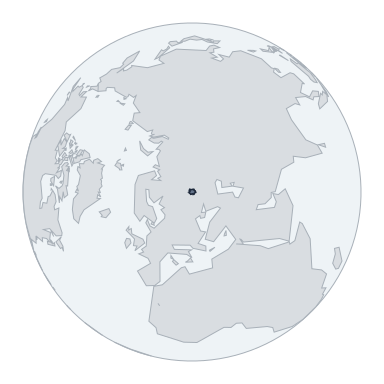 Tambov on an orthographic globe, rotated 300°
{"feature_id": "RUS-2375", "entity_name": "Tambov", "entity_type": "Region", "adm_level": 1, "iso_a3": "RUS", "parent_name": "Russia", "parent_adm1": "", "projection": "orthographic", "projection_center": [41.398, 52.709], "detail": "medium", "context": "on_globe", "style": "filled", "palette": "slate", "viewbox_px": 384, "rotation_deg": 300, "n_neighbors": 0, "source": "natural_earth", "source_scale": "10m", "svg_char_len": 11834}
<svg xmlns="http://www.w3.org/2000/svg" viewBox="0 0 384 384"><g transform="rotate(300 192 192)"><circle cx="192" cy="192" r="169" fill="#eef3f6" stroke="#a8b0b8"/><path d="M151.9,27.9L160.4,26.4L164.9,28.7L160.3,29.1L161.9,29.9L167.8,29.6L171.3,29.3L185.0,34.3L204.2,37.9L211.7,37.0L208.9,39.1L224.1,36.4L235.4,38.5L221.7,37.5L219.6,38.5L226.8,40.4L226.3,41.9L229.4,43.8L228.1,45.5L220.2,45.2L219.2,46.4L224.4,47.7L226.3,50.5L218.8,48.3L221.4,53.1L208.7,54.1L189.8,48.1L181.7,51.4L159.8,52.6L160.8,54.5L153.2,56.6L151.6,59.6L148.0,59.3L149.8,62.1L153.4,61.8L155.4,63.0L154.8,64.9L150.1,64.7L149.7,63.7L148.0,64.6L145.9,63.8L146.6,65.3L140.9,65.0L145.5,68.1L140.2,70.3L136.8,69.4L138.4,65.8L134.5,55.8L131.6,54.4L125.6,55.6L111.6,65.4L107.8,65.6L101.6,68.4L103.0,69.9L108.4,68.2L109.7,71.9L116.1,69.7L117.6,71.0L123.7,70.6L121.3,74.7L115.7,79.1L110.5,79.8L107.9,81.9L111.6,84.7L100.8,89.8L91.7,99.9L89.1,101.0L86.1,96.3L89.1,87.0L85.2,82.1L86.2,89.6L79.6,92.6L77.9,95.1L77.4,97.6L79.3,98.2L76.7,100.3L74.7,93.4L77.0,91.4L77.6,93.5L79.0,89.3L77.6,85.2L74.4,87.4L75.8,79.9L73.5,81.5L72.5,80.9L76.0,78.8L69.7,82.6L70.7,76.6L62.0,84.4L72.2,73.9L76.8,69.1L81.7,64.3L80.3,65.4L88.7,58.4L90.2,57.2L101.5,49.3L113.4,42.4L125.8,36.6L138.7,31.7L151.9,27.9ZM31.2,140.2L30.4,142.6L31.2,140.2ZM25.3,164.5L23.7,178.1L23.2,185.7L23.1,186.0L25.3,164.5ZM23.2,200.0L25.2,217.3L28.4,232.7L29.7,238.9L26.5,226.0L24.4,213.1L23.2,200.0ZM53.0,95.9L52.8,96.2L56.1,91.6L61.5,84.7L61.9,84.2L60.2,86.3L49.0,102.1L52.4,96.9L53.0,95.9ZM60.1,87.5L61.9,85.2L60.5,87.2L60.1,87.5ZM173.0,29.0L168.0,29.5L162.9,29.3L167.1,28.7L173.0,29.0ZM182.7,30.4L180.2,30.8L178.6,29.4L180.5,29.6L182.7,30.4ZM217.2,36.2L213.2,35.5L217.2,35.7L217.2,36.2ZM230.1,43.8L231.4,43.6L232.5,44.7L230.1,43.8ZM124.6,68.4L124.1,69.5L123.2,69.0L124.6,68.4ZM127.7,67.3L126.9,66.0L128.3,65.2L128.7,66.1L127.7,67.3ZM231.5,48.4L232.8,50.4L230.1,48.3L231.5,48.4ZM128.2,69.1L130.8,64.2L133.2,63.0L136.8,65.2L128.2,69.1ZM232.7,51.6L236.1,56.8L239.3,56.6L232.1,60.3L231.6,54.4L227.7,51.7L231.2,52.5L232.7,51.6ZM154.8,60.9L150.9,61.3L154.7,59.3L154.8,60.9ZM156.8,59.4L165.6,52.3L171.0,52.9L166.9,55.1L174.4,54.7L172.7,58.5L168.2,59.6L165.1,58.3L166.8,60.8L156.8,59.4ZM227.6,61.6L227.3,62.9L226.1,61.5L227.6,61.6ZM156.5,63.3L157.8,61.7L162.6,62.1L160.9,65.4L159.9,64.2L156.5,63.3ZM177.2,52.9L180.5,53.9L180.0,57.2L181.2,58.1L173.2,58.7L177.2,52.9ZM158.5,65.1L159.9,67.1L157.0,68.7L155.6,65.0L158.5,65.1ZM164.6,60.9L166.8,61.3L165.0,62.1L164.6,60.9ZM147.8,75.8L149.3,73.6L151.9,73.6L147.8,75.8ZM160.6,67.8L161.5,67.3L162.7,67.1L163.0,68.8L160.6,67.8ZM173.4,61.1L172.5,62.3L176.6,61.0L176.4,63.6L171.1,63.6L173.3,64.7L173.3,65.5L169.0,64.6L173.4,61.1ZM166.9,69.9L160.1,71.1L156.8,75.0L154.4,75.0L160.1,68.9L166.9,69.9ZM168.5,66.9L167.0,68.8L164.8,67.8L164.4,65.9L168.5,66.9ZM178.2,65.4L179.9,61.4L181.0,61.6L178.2,65.4ZM166.4,71.2L168.1,70.9L166.5,71.6L166.4,71.2ZM175.1,67.4L175.5,65.9L176.8,66.1L175.1,67.4ZM171.1,71.7L168.8,72.0L168.5,70.7L171.1,71.7ZM173.3,69.8L174.9,70.5L169.8,70.0L173.3,69.1L173.3,69.8ZM176.2,67.8L177.1,67.5L175.8,68.4L176.2,67.8ZM173.5,76.7L167.1,76.4L166.4,73.3L172.7,74.0L173.5,76.7ZM57.8,259.9L51.9,232.9L56.5,228.7L58.5,219.3L91.2,206.1L96.8,212.7L121.0,220.6L123.8,223.3L119.6,230.8L136.6,247.8L143.8,242.7L160.7,252.1L172.8,253.6L179.6,238.3L159.8,235.6L157.7,227.1L174.8,222.4L192.3,224.7L192.1,221.5L182.2,213.6L187.4,208.0L178.9,210.4L181.5,214.0L176.2,215.7L173.5,212.6L175.5,210.6L170.5,208.4L162.5,218.9L164.2,223.7L150.5,223.0L152.1,231.0L147.9,233.6L143.7,221.0L145.0,217.0L136.2,201.3L133.5,205.4L141.7,220.6L138.6,218.7L135.1,224.8L135.3,218.6L127.1,201.5L115.5,199.1L98.6,209.0L92.3,206.4L88.0,199.3L96.3,184.3L109.5,191.8L112.6,187.1L111.8,176.8L115.8,180.1L117.1,177.0L122.3,179.4L131.4,174.9L136.9,176.5L142.2,167.4L145.8,167.1L141.6,172.5L141.7,177.3L155.6,181.4L158.8,180.0L161.2,173.9L164.7,176.0L165.2,169.5L174.0,168.9L163.6,164.5L166.1,157.7L172.4,153.5L171.3,150.6L161.1,157.4L158.7,160.9L159.6,165.2L151.4,174.7L146.2,174.9L147.7,162.3L140.6,161.5L144.9,152.5L170.0,138.9L179.5,137.3L191.6,149.0L188.4,153.1L182.4,150.8L186.3,159.2L186.8,155.5L189.7,157.4L192.8,151.8L195.1,152.9L194.2,145.8L197.3,146.6L197.8,151.0L205.0,143.9L211.9,144.1L212.4,141.9L211.1,139.6L220.7,141.7L220.7,140.0L217.6,138.7L215.5,134.7L215.5,128.5L218.9,129.6L219.3,131.9L225.2,138.6L225.8,145.1L227.2,144.9L227.4,139.6L220.3,131.3L219.4,127.4L223.3,130.7L221.8,129.2L222.4,127.5L226.1,127.0L222.0,123.1L224.1,105.0L231.4,102.5L234.7,107.2L239.7,96.7L247.6,95.4L244.7,94.1L245.1,88.6L242.6,88.9L241.2,87.9L241.1,74.9L243.6,72.9L240.3,66.4L238.7,65.9L236.7,66.9L232.1,60.3L239.3,56.6L242.3,58.0L244.7,55.1L251.4,59.0L258.0,61.1L263.8,67.6L268.5,68.9L268.9,67.6L275.6,68.8L288.0,76.2L276.2,75.8L257.3,67.3L264.9,71.1L262.6,72.1L265.0,74.6L270.4,77.3L271.4,76.5L277.4,91.3L289.4,103.4L289.8,97.4L293.9,96.8L307.9,107.0L321.6,133.5L327.2,134.3L330.2,137.6L330.9,143.7L326.7,139.1L324.0,141.1L321.5,137.8L321.4,146.5L317.8,142.1L319.4,151.4L323.0,152.8L324.5,146.5L327.4,156.8L333.8,157.1L338.7,163.6L342.1,185.5L339.2,198.7L339.9,201.5L336.6,202.7L335.5,211.9L344.3,217.3L345.2,221.0L341.8,235.5L341.2,233.1L332.4,236.2L333.2,246.2L339.9,245.9L342.3,251.1L338.1,254.2L335.4,249.9L332.3,250.8L331.5,242.7L325.6,234.5L321.3,241.8L320.1,237.0L311.4,232.0L304.3,242.0L294.1,264.5L295.4,277.1L290.7,285.3L278.4,273.2L273.6,261.8L268.7,265.3L256.4,258.1L233.9,263.9L231.2,260.8L226.8,263.4L218.3,261.1L214.1,255.5L208.8,256.5L219.9,271.1L225.7,269.9L231.1,262.8L233.0,268.1L241.4,271.1L230.7,286.3L198.0,300.7L195.5,291.1L174.4,261.6L175.5,258.2L175.4,257.8L175.2,257.1L172.5,262.6L169.1,256.2L179.6,277.9L181.1,286.4L197.5,301.2L195.8,302.8L201.3,305.4L219.9,300.3L219.8,303.3L210.6,317.7L185.5,334.2L189.3,343.2L188.3,349.5L173.7,352.3L176.0,355.9L168.7,356.1L168.9,357.4L163.6,357.7L154.3,356.6L137.3,351.8L135.4,350.9L125.6,346.0L111.7,333.2L115.0,329.7L113.1,324.4L101.0,307.2L103.6,300.8L100.5,296.0L94.2,293.5L90.8,287.4L87.0,285.1L64.1,271.5L57.8,259.9ZM78.5,218.2L77.3,220.9L78.5,218.2ZM210.2,235.1L221.2,234.6L217.5,224.6L221.4,223.7L218.7,220.7L217.2,223.9L210.8,215.6L216.0,212.0L215.3,207.3L211.6,207.3L203.1,215.4L212.2,227.2L209.1,231.7L210.2,235.1ZM30.3,143.0L29.5,145.8L30.1,143.5L30.3,143.0ZM40.1,119.0L38.5,122.7L39.6,119.7L40.1,119.0ZM47.6,104.2L45.5,108.0L47.5,104.5L41.3,116.4L43.5,111.4L47.6,104.3L47.6,104.2ZM58.7,88.7L57.3,90.6L56.9,90.8L58.7,88.7ZM59.1,89.0L59.5,88.5L60.6,87.1L59.1,89.0ZM79.7,93.0L79.8,93.7L78.7,96.3L78.2,95.4L79.7,93.0ZM80.5,107.3L76.4,110.4L79.0,107.3L77.3,106.4L80.7,99.1L88.0,101.2L84.1,101.4L80.5,107.3ZM87.3,90.4L84.3,94.5L87.3,90.0L87.3,90.4ZM119.1,158.5L120.3,161.7L117.4,164.6L110.4,163.4L114.5,159.1L119.1,158.5ZM122.6,165.7L126.0,154.0L130.5,154.6L127.4,156.2L130.0,157.7L125.7,160.8L126.6,173.1L124.2,176.6L112.6,171.9L117.7,171.4L116.3,168.1L122.6,165.7ZM126.9,125.9L128.4,121.6L136.1,128.3L133.8,131.6L126.7,130.3L125.2,125.7L126.9,125.9ZM134.1,74.4L134.2,72.8L135.5,72.8L136.5,74.1L134.1,74.4ZM148.3,74.8L135.0,81.3L134.5,79.8L127.4,85.8L123.1,84.2L127.9,80.3L119.3,83.8L121.8,79.7L116.2,82.6L127.2,74.1L129.1,70.7L128.6,75.0L132.4,76.4L134.7,76.1L142.5,72.7L148.7,66.5L153.5,67.3L155.2,69.4L154.5,71.0L151.6,70.0L152.7,72.8L147.9,72.6L148.3,74.8ZM173.1,98.4L170.0,95.8L171.4,102.9L166.7,102.1L167.1,103.0L163.1,104.3L159.1,107.5L157.2,106.5L156.4,108.2L153.8,109.2L152.1,111.2L148.0,110.3L145.7,112.8L145.1,110.9L142.1,115.5L142.5,111.7L139.1,112.9L140.5,115.9L122.6,107.4L114.9,107.3L108.1,109.4L109.7,103.0L117.1,97.1L126.8,92.8L134.1,94.0L133.5,91.1L136.8,90.9L135.9,93.3L139.2,89.5L141.7,90.0L150.4,87.1L153.7,81.6L157.0,80.5L156.9,83.0L160.2,80.2L162.3,84.1L164.7,83.5L169.1,86.8L167.6,92.1L170.3,91.0L173.8,93.7L173.1,98.4ZM174.6,77.7L173.8,83.8L170.9,86.5L164.4,79.6L162.0,79.6L157.8,75.6L162.1,71.9L162.9,73.3L164.7,73.9L162.6,74.8L165.7,74.6L166.9,76.6L169.6,77.0L168.6,78.8L174.6,77.7ZM127.9,221.4L130.2,222.7L134.1,223.7L131.9,227.7L127.9,221.4ZM122.1,209.8L124.3,210.1L123.1,216.0L120.7,214.8L122.1,209.8ZM126.5,205.5L124.5,209.7L124.2,206.7L126.5,205.5ZM143.8,172.5L146.3,172.6L146.2,174.1L144.3,175.9L143.8,172.5ZM176.1,120.3L174.9,118.1L175.9,117.5L176.4,112.0L179.9,112.3L181.0,115.7L176.1,120.3ZM175.7,240.7L171.6,243.4L170.0,241.7L171.8,241.1L175.7,240.7ZM150.3,236.2L155.6,239.5L149.6,237.3L150.3,236.2ZM180.1,119.7L179.9,117.4L181.8,119.0L180.1,119.7ZM182.6,112.3L184.9,113.7L180.4,111.7L182.6,112.3ZM217.7,347.0L207.2,356.4L199.1,357.0L197.1,355.0L200.6,349.5L210.0,347.1L214.4,343.6L217.7,347.0ZM353.9,239.9L355.2,235.7L353.4,241.7L353.9,239.9ZM352.9,242.9L346.0,258.1L342.7,262.8L343.9,259.8L349.1,250.6L352.9,242.9ZM343.6,260.2L338.2,264.1L327.9,261.1L331.6,257.3L341.8,254.0L341.2,256.3L344.5,254.8L343.6,260.2ZM355.3,229.1L354.6,234.4L351.1,242.6L349.3,245.7L348.2,242.6L348.9,238.2L350.5,235.1L354.6,212.5L356.4,210.7L355.6,218.9L357.0,219.3L355.3,229.1ZM296.2,277.8L300.4,282.4L297.6,285.3L296.2,277.8ZM354.6,200.1L354.0,209.8L354.1,199.0L354.6,200.1ZM353.7,191.4L354.6,193.5L353.3,193.3L353.7,191.4ZM341.4,205.0L339.8,208.8L339.0,207.1L340.5,201.3L341.4,205.0ZM342.5,169.2L345.3,174.3L346.0,176.7L343.9,175.2L342.5,169.2ZM210.1,121.1L205.4,128.2L204.4,133.9L207.5,138.0L201.1,135.5L202.7,126.6L210.1,121.1ZM222.0,106.8L219.2,103.6L221.7,103.2L222.7,103.8L222.0,106.8ZM219.4,106.1L213.6,105.6L212.9,102.7L217.6,103.6L219.4,106.1ZM196.8,112.4L195.2,114.4L193.7,112.9L196.8,112.4ZM360.0,209.6L359.9,210.3L360.2,207.9L360.2,208.4L360.0,209.6ZM357.7,217.7L358.1,218.9L359.3,211.9L358.4,218.5L358.7,219.5L358.2,222.4L358.0,221.0L357.1,227.3L356.5,229.5L356.7,226.4L357.5,218.7L358.1,214.2L359.9,203.9L357.7,217.7ZM360.7,201.3L360.5,199.6L360.5,196.2L360.7,196.3L360.7,201.3ZM359.2,196.0L357.8,196.1L357.3,201.1L357.6,188.5L359.0,190.5L359.2,196.0ZM356.9,190.8L356.5,195.5L356.4,188.9L356.9,190.8ZM355.9,195.0L355.1,192.6L355.8,190.4L355.9,195.0ZM357.2,189.2L356.0,183.9L357.0,185.3L357.2,189.2ZM352.7,187.6L355.6,186.5L353.2,191.9L349.4,183.1L350.2,179.8L352.7,187.6ZM334.1,133.5L331.9,131.7L331.6,128.2L333.2,130.4L334.1,133.5ZM328.5,116.2L330.8,126.8L332.3,135.7L333.5,134.8L336.8,140.7L333.1,139.7L329.6,130.3L329.1,124.4L325.8,120.0L323.4,113.9L319.0,110.4L316.9,106.9L320.8,108.4L328.5,116.2ZM317.0,109.1L308.3,101.7L309.2,97.3L311.3,97.9L314.9,103.1L314.2,105.1L317.0,109.1ZM306.5,98.7L305.7,100.6L291.3,95.6L288.5,93.5L299.9,94.5L299.8,96.5L303.2,98.6L306.5,98.7ZM229.1,63.1L227.4,62.9L228.7,62.2L229.1,63.1ZM239.8,88.3L238.2,86.8L239.7,85.8L239.8,88.3ZM234.4,82.2L233.8,84.3L233.0,81.6L234.4,82.2ZM232.8,89.2L232.9,84.9L234.8,89.7L232.8,89.2Z" fill="#d9dde1" stroke="#a8b0b8" stroke-width="1"/><path d="M189.7,191.2L189.8,190.9L189.7,190.4L189.7,190.2L189.8,190.1L190.0,190.1L190.3,190.0L190.3,189.8L190.3,189.7L190.4,189.8L190.6,189.6L190.8,189.5L191.0,189.7L191.4,189.7L191.4,189.8L191.6,189.9L191.7,189.7L191.8,189.6L191.9,188.9L192.0,188.8L192.3,188.8L192.5,188.8L192.5,188.7L193.3,188.7L193.3,188.8L193.2,189.0L193.3,189.0L193.2,189.3L193.2,189.6L193.3,189.6L193.5,189.8L193.5,190.0L194.0,190.5L194.0,190.8L194.4,191.1L194.7,191.2L194.9,191.5L195.0,191.6L195.3,192.1L195.1,192.3L194.9,192.4L195.0,192.5L194.9,192.6L195.0,192.9L194.9,193.0L194.8,192.9L194.7,193.0L194.6,193.4L194.4,193.6L194.5,193.8L194.6,194.0L194.4,194.1L194.3,194.4L194.3,194.6L194.0,195.0L193.9,195.1L193.7,195.3L193.6,195.0L193.5,194.9L193.3,194.9L193.3,195.1L193.2,195.1L192.8,195.0L192.8,194.9L192.7,194.9L192.3,194.8L192.2,194.7L192.1,194.8L191.8,194.7L191.8,194.8L191.5,194.9L191.4,194.9L191.2,194.9L191.2,194.5L191.2,194.4L190.9,194.4L190.4,194.2L190.6,193.9L190.6,193.7L190.7,193.4L190.7,193.2L190.4,193.0L190.1,192.9L190.0,192.7L189.8,192.5L189.6,192.4L189.5,192.2L189.4,192.1L189.5,192.0L189.4,191.9L189.5,191.8L189.6,191.7L189.6,191.3L189.7,191.2Z" fill="#64748b" stroke="#1e293b" stroke-width="1.5"/></g></svg>